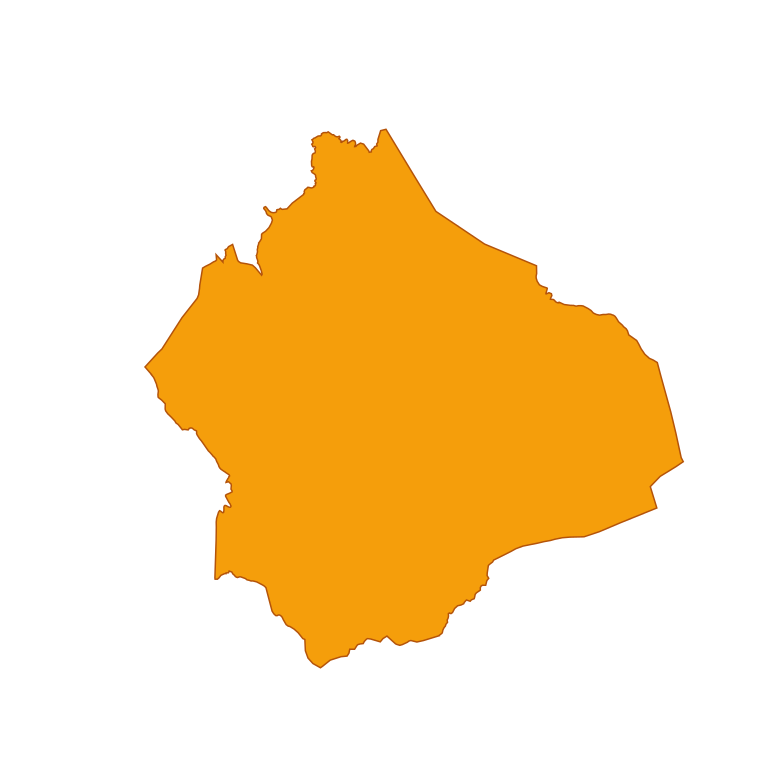 Chila, Puebla, Mexico, rotated 329°
{"feature_id": "50627088B98885492847663", "entity_name": "Chila", "entity_type": "district", "adm_level": 2, "iso_a3": "MEX", "parent_name": "Mexico", "parent_adm1": "Puebla", "projection": "natural_earth1", "projection_center": [-97.885, 17.967], "detail": "fine", "context": "isolated", "style": "filled", "palette": "amber", "viewbox_px": 768, "rotation_deg": 329, "n_neighbors": 0, "source": "geoboundaries", "source_scale": "gbopen_adm2", "svg_char_len": 6171}
<svg xmlns="http://www.w3.org/2000/svg" viewBox="0 0 768 768"><g transform="rotate(329 384 384)"><path d="M301.7,628.2L301.7,627.9L304.8,627.6L305.8,627.3L307.9,625.1L310.0,623.8L312.0,623.1L313.2,621.9L315.7,621.0L316.6,618.8L318.1,617.9L319.4,616.6L320.3,615.2L320.8,614.1L322.1,613.9L323.1,615.3L325.0,615.2L328.9,612.8L332.9,612.0L336.2,613.1L339.1,613.4L340.5,612.5L343.4,611.6L346.0,614.6L347.8,614.0L350.7,614.5L351.9,613.4L353.8,611.3L355.7,610.6L360.4,610.3L361.7,608.1L363.4,607.1L364.9,607.3L367.5,608.9L370.9,605.5L373.7,604.5L373.7,601.3L375.2,599.1L379.9,593.4L381.1,593.0L385.4,592.5L387.3,591.4L406.5,592.9L412.3,593.1L419.6,594.5L434.2,599.7L439.9,601.5L445.9,603.8L450.6,605.1L457.6,607.6L464.5,611.0L476.8,618.0L492.5,621.5L515.2,624.7L554.0,630.8L559.4,609.1L573.2,605.4L591.8,605.2L600.5,604.7L600.8,600.2L608.8,576.6L615.4,555.7L625.4,519.8L629.3,506.4L627.1,502.1L624.7,498.7L622.9,492.9L622.5,486.3L622.9,481.0L623.0,476.9L619.1,468.0L620.1,463.7L620.0,461.3L618.8,458.1L618.7,456.6L617.1,451.5L617.1,447.2L616.9,445.0L616.1,443.2L615.4,442.5L614.3,441.0L612.7,439.8L610.0,438.7L607.5,437.2L604.2,436.0L601.8,433.7L600.0,431.0L599.3,427.6L597.8,424.4L594.9,419.7L593.2,418.3L591.2,417.1L588.7,416.2L587.0,414.3L584.3,412.6L579.4,408.7L576.6,404.6L576.2,404.1L575.7,404.5L574.4,403.5L573.6,402.2L573.1,399.7L572.6,398.7L570.3,397.1L571.2,396.1L573.4,394.7L574.0,392.8L572.4,390.7L569.7,390.4L569.3,390.1L569.6,389.6L573.1,386.3L573.2,385.7L569.9,381.8L568.3,379.0L568.2,374.8L569.0,371.6L570.0,369.8L571.7,368.0L575.6,361.2L542.3,315.9L517.4,262.8L517.1,224.5L516.9,166.7L511.6,165.1L504.8,171.2L503.3,173.6L501.3,174.5L500.8,176.3L498.3,175.7L496.1,176.8L494.5,176.7L493.3,177.4L492.7,178.5L490.7,177.8L491.0,176.3L490.1,167.9L487.9,165.4L483.7,165.4L482.3,165.9L481.1,165.4L481.5,164.9L482.2,164.8L482.8,164.2L483.6,163.0L484.0,161.7L484.0,160.5L483.5,160.1L483.0,159.2L482.5,159.0L479.5,158.9L479.1,159.1L477.8,159.1L476.9,158.8L478.3,156.5L478.2,155.1L477.6,154.8L474.4,155.1L473.5,154.6L472.5,155.1L471.8,154.9L471.6,154.3L472.2,153.9L472.5,153.2L472.3,152.1L471.8,151.0L471.8,150.3L473.0,150.1L473.3,149.8L473.5,149.4L473.3,148.6L471.4,148.2L470.2,147.1L469.5,145.7L469.2,144.4L468.0,143.7L466.0,139.1L464.4,139.1L463.3,138.3L461.4,137.3L459.3,137.4L459.1,137.9L458.7,138.0L458.5,138.4L457.5,138.7L455.9,137.8L454.9,137.5L451.6,137.5L450.2,137.2L448.9,137.6L448.0,137.5L447.8,140.0L446.9,141.0L445.6,141.2L445.5,143.0L445.3,143.6L445.5,144.2L447.1,144.8L447.3,145.2L447.2,146.1L446.5,146.6L445.6,146.7L445.2,148.9L444.1,150.3L443.5,150.4L442.8,150.1L441.7,150.1L440.3,150.8L438.2,154.0L436.5,155.8L434.6,159.3L434.3,160.7L434.7,161.3L435.4,161.4L435.6,161.7L435.5,162.3L434.5,163.3L433.3,163.9L432.6,164.1L431.5,163.8L431.3,165.7L432.3,167.7L432.8,169.0L432.8,169.9L432.2,171.0L431.7,173.0L431.4,173.5L430.8,173.9L429.9,173.8L429.3,174.3L429.3,176.6L428.4,176.7L428.0,177.8L427.3,178.6L426.2,178.4L425.7,178.4L425.7,178.8L425.1,179.1L423.8,178.9L422.6,178.5L420.8,176.7L419.8,176.1L419.5,176.2L418.7,176.5L416.4,176.7L416.0,176.9L414.8,177.8L414.2,179.3L413.2,179.5L412.8,180.1L398.6,181.7L391.1,183.9L386.9,182.0L386.3,181.5L385.7,180.0L383.8,180.3L383.1,179.8L381.8,179.5L380.5,181.0L379.6,181.1L377.5,180.3L376.6,179.6L375.5,178.4L374.5,175.9L374.1,171.9L373.7,170.9L372.2,170.8L371.5,171.3L371.3,171.8L371.7,174.2L371.6,175.9L371.2,177.0L371.2,178.3L371.5,179.6L373.2,182.0L373.4,182.9L372.8,186.0L370.4,188.1L366.0,190.7L361.1,192.1L357.5,192.2L356.2,192.6L353.7,196.4L350.9,197.9L349.1,198.6L348.9,199.2L346.4,201.3L346.0,202.2L344.7,203.4L343.6,205.6L341.3,207.9L340.6,208.2L340.5,209.1L339.9,210.1L339.5,212.5L338.8,214.4L337.9,215.1L338.3,217.0L338.2,218.5L337.2,223.6L336.1,227.1L335.1,227.7L333.6,218.1L332.4,214.3L328.5,210.5L323.5,206.3L322.4,204.0L322.3,202.5L326.1,186.4L321.5,186.2L319.2,187.3L317.4,187.1L316.7,187.3L316.6,188.7L316.2,189.5L315.5,190.5L314.8,192.4L313.6,193.0L312.6,194.5L311.1,194.4L309.6,195.1L308.7,196.6L306.7,186.7L304.4,191.4L303.0,191.8L300.7,191.5L296.5,191.6L291.6,191.2L288.2,191.2L277.0,204.4L275.1,207.1L271.0,212.1L267.9,214.4L245.0,223.1L211.7,239.6L206.0,240.9L187.9,246.3L189.6,256.0L189.4,256.0L189.9,259.6L189.8,261.1L188.9,267.0L188.2,269.0L187.4,272.7L186.9,273.9L184.8,276.6L183.7,278.7L183.6,279.4L185.1,283.2L186.3,288.3L183.5,292.8L183.0,294.6L183.3,298.2L184.6,302.9L185.7,308.0L185.6,310.2L186.7,312.7L187.6,319.4L189.7,320.2L192.5,322.5L194.2,321.7L194.7,322.0L195.3,321.9L196.2,322.4L197.0,323.4L197.7,325.6L199.1,327.5L198.6,328.8L197.8,330.0L197.6,331.7L197.7,335.8L198.2,338.8L199.0,350.9L199.5,352.7L200.2,356.5L200.3,357.8L200.7,358.8L201.2,361.5L200.7,364.2L200.5,367.8L200.0,369.8L200.0,371.5L200.4,373.3L204.3,381.7L204.5,382.2L204.3,383.3L203.2,383.6L202.4,384.4L201.5,384.7L198.5,386.4L197.9,387.0L200.4,387.7L201.4,390.9L200.9,392.3L198.7,395.3L198.7,397.5L198.2,398.2L195.5,398.1L192.3,397.6L191.0,397.7L190.4,398.7L190.1,405.5L190.3,407.5L190.0,409.8L189.5,410.3L188.9,410.5L188.2,410.2L187.2,409.0L186.0,406.9L185.2,406.2L184.3,406.3L183.4,407.0L181.7,409.9L180.4,411.4L179.6,411.4L179.1,410.6L178.4,408.7L177.8,407.9L176.1,408.7L171.3,413.0L169.1,415.9L166.5,420.4L159.8,431.2L139.2,463.1L138.7,464.3L140.6,465.5L142.3,465.3L145.7,464.0L149.3,464.4L150.3,464.7L150.9,465.2L151.4,464.6L153.5,465.7L154.9,464.6L156.7,466.8L156.6,468.9L157.3,471.1L157.4,472.5L158.1,473.7L158.7,474.4L161.2,475.0L162.0,475.7L165.0,479.4L165.7,481.3L167.3,482.8L168.5,484.3L170.2,485.3L172.9,488.0L176.4,493.7L177.4,495.7L177.9,497.8L171.1,521.0L171.2,524.3L171.9,526.7L173.0,527.5L174.5,527.6L175.5,528.2L176.2,529.5L176.6,531.5L176.3,534.1L176.2,539.8L177.1,542.1L178.5,543.5L180.7,547.8L182.3,552.9L183.3,560.4L184.6,562.2L179.2,572.2L177.7,579.8L179.1,587.0L183.4,594.5L186.1,594.3L195.7,593.0L206.7,595.6L212.2,598.2L215.4,596.6L218.0,593.7L222.2,596.2L226.2,594.2L227.3,593.9L229.6,594.5L232.5,595.8L234.1,594.8L235.3,594.3L237.5,593.7L238.8,593.8L241.2,595.7L248.0,603.1L252.0,601.7L256.7,601.6L260.0,612.5L260.5,613.4L262.9,616.1L265.4,616.8L271.0,617.4L273.1,617.2L274.9,617.7L279.3,622.1L285.6,624.2L301.7,628.2Z" fill="#f59e0b" stroke="#b45309" stroke-width="1.5"/></g></svg>